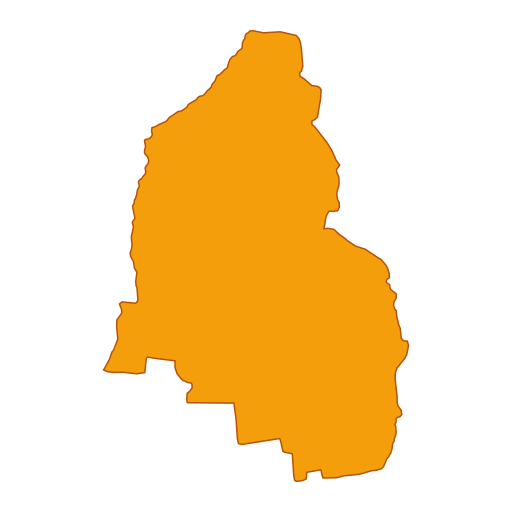 Masagua, Escuintla, Guatemala (Robinson projection)
{"feature_id": "79465075B43224707646328", "entity_name": "Masagua", "entity_type": "district", "adm_level": 2, "iso_a3": "GTM", "parent_name": "Guatemala", "parent_adm1": "Escuintla", "projection": "robinson", "projection_center": [-90.832, 14.098], "detail": "fine", "context": "isolated", "style": "filled", "palette": "amber", "viewbox_px": 512, "rotation_deg": 0, "n_neighbors": 0, "source": "geoboundaries", "source_scale": "gbopen_adm2", "svg_char_len": 5297}
<svg xmlns="http://www.w3.org/2000/svg" viewBox="0 0 512 512"><path d="M152.0,127.7L151.7,129.8L151.6,130.6L151.6,131.3L151.9,132.6L152.3,133.6L152.2,135.1L151.4,136.5L150.5,137.5L149.9,138.1L148.7,138.7L147.3,139.1L146.2,139.3L145.4,139.5L144.6,140.2L144.6,141.3L144.8,142.7L145.2,144.4L145.4,145.4L145.5,146.3L145.4,147.5L145.1,148.4L144.7,149.4L144.5,151.3L144.5,152.5L145.0,153.9L145.8,154.8L146.9,156.0L147.5,157.0L148.2,158.3L148.5,159.3L148.6,160.2L148.6,161.2L148.4,162.3L148.2,163.2L147.7,164.0L147.1,164.8L146.3,165.7L145.7,166.7L145.3,167.4L145.2,168.8L145.4,169.7L145.6,171.0L145.7,172.1L145.5,173.1L145.2,174.0L144.7,174.6L143.9,175.4L143.0,176.5L142.3,177.7L141.9,178.3L141.1,179.0L140.1,179.6L139.5,180.2L138.7,181.1L138.5,182.4L138.8,183.5L139.2,185.2L139.2,186.4L138.9,187.2L138.1,188.5L137.4,190.1L137.2,191.0L137.0,192.6L136.7,194.2L136.5,195.2L136.0,196.7L135.7,197.8L135.4,198.6L134.9,199.2L134.5,199.9L134.3,201.2L134.3,202.6L133.8,204.0L133.2,204.8L132.8,205.7L132.6,206.6L132.8,208.0L133.8,212.7L134.6,216.3L134.8,217.7L134.6,218.7L134.1,219.6L133.6,220.4L133.1,220.9L132.6,221.7L132.3,222.5L132.6,223.7L133.0,225.0L133.3,226.2L133.3,227.2L133.2,228.3L133.0,229.3L132.7,230.6L132.4,231.8L132.1,233.4L131.6,234.8L131.4,236.3L131.4,237.8L131.5,239.2L131.6,240.6L131.8,242.4L132.0,244.1L132.0,245.8L131.8,246.8L131.7,247.7L131.5,248.8L131.0,250.4L130.1,253.1L130.7,256.6L133.5,261.8L134.3,267.5L136.0,270.9L136.9,272.2L135.7,281.6L136.2,286.2L136.9,287.1L137.9,299.9L136.9,302.2L135.3,303.2L122.0,301.9L119.4,304.0L121.5,309.3L121.7,311.8L121.7,313.0L120.0,315.6L116.9,320.0L116.6,325.9L117.8,339.1L115.8,344.3L113.5,350.3L112.0,351.9L109.4,359.4L107.5,362.8L104.7,368.1L103.5,370.0L107.4,371.6L112.6,372.4L122.3,372.2L136.8,373.8L144.8,372.6L146.3,358.4L147.7,357.1L155.4,358.4L175.0,360.8L175.0,367.5L177.0,373.6L181.5,379.1L183.3,380.7L184.6,380.9L187.8,382.6L190.7,382.9L192.0,384.3L192.1,388.0L189.6,391.4L187.2,393.2L186.7,399.4L187.3,402.7L234.0,403.1L234.2,404.6L234.4,406.6L236.0,418.4L237.4,438.8L238.1,441.8L238.3,442.8L238.4,443.7L242.1,444.4L279.1,438.6L279.9,439.1L280.7,441.4L282.7,450.3L283.0,451.4L284.4,452.2L291.6,453.6L292.3,453.9L293.7,474.8L294.6,480.1L295.8,481.2L297.5,481.3L303.1,480.5L306.2,478.9L306.8,473.4L306.9,472.3L319.2,470.1L320.0,469.7L320.9,470.1L322.6,476.9L323.0,478.0L336.6,477.7L343.6,475.9L359.2,474.3L371.8,470.7L375.9,470.4L380.3,469.1L380.9,469.1L383.5,466.7L385.9,461.2L386.8,458.7L388.9,456.5L389.1,455.4L390.7,453.3L392.1,448.4L392.7,443.4L394.0,441.4L394.1,439.7L396.2,433.3L395.8,427.1L394.9,424.5L396.1,422.1L396.1,418.7L397.5,417.4L400.0,416.7L400.7,415.8L401.7,414.4L401.2,410.3L398.6,406.8L397.9,405.6L397.2,402.8L397.1,396.8L395.1,378.8L395.2,377.1L395.4,372.8L397.1,367.9L405.1,358.0L405.4,356.8L406.7,354.8L408.5,345.5L407.3,341.2L403.6,340.7L401.2,338.2L400.3,328.7L398.7,324.8L396.7,316.0L396.2,310.6L395.0,309.4L393.5,305.7L394.0,302.3L396.3,297.6L396.1,293.8L391.6,290.3L390.9,289.7L390.4,289.0L390.1,288.3L389.9,287.5L389.8,285.8L389.6,284.7L388.4,284.0L387.3,283.4L386.4,282.2L386.3,281.2L386.6,279.8L387.3,279.1L388.3,278.5L389.4,277.8L389.2,273.7L387.6,268.3L385.9,265.1L381.1,259.6L376.3,256.7L375.5,256.1L365.2,249.2L355.5,246.1L347.4,240.6L345.0,238.5L338.8,234.0L334.0,229.4L327.7,228.3L324.0,228.8L326.1,216.4L328.5,211.9L329.6,211.1L334.0,211.5L335.0,211.0L335.9,210.9L336.7,210.9L337.6,210.8L339.4,207.0L339.2,202.4L337.9,200.4L337.5,199.3L337.3,197.3L336.8,194.3L337.1,191.4L339.0,185.3L338.9,177.4L336.8,172.4L336.5,169.6L339.7,165.1L336.3,160.5L331.8,150.4L327.0,142.6L315.4,127.6L311.9,124.4L311.9,121.1L314.6,119.7L317.4,117.2L320.5,99.3L321.1,89.7L319.8,87.7L317.2,86.3L311.7,85.5L304.1,78.8L299.9,76.1L299.6,72.9L301.6,71.0L301.6,69.8L302.8,66.2L301.4,48.8L300.3,41.9L298.7,38.3L296.0,35.4L280.3,31.8L263.5,32.8L252.8,30.7L249.7,31.0L249.1,31.9L248.1,32.8L247.2,33.2L246.3,33.9L245.5,35.1L245.2,36.4L244.9,37.8L244.7,38.6L244.1,39.5L243.4,40.7L242.9,41.7L242.6,42.4L242.4,43.5L242.3,44.5L242.3,45.2L242.2,46.4L242.1,47.7L241.7,48.5L241.0,49.2L240.3,49.6L239.4,50.3L238.3,51.1L237.5,52.0L237.1,52.9L236.5,53.9L236.0,54.7L235.3,55.5L234.3,55.9L233.0,56.4L232.4,56.7L231.6,57.4L230.8,58.4L229.9,59.6L229.6,60.4L229.2,61.5L228.5,63.3L228.2,64.4L227.8,65.9L227.6,66.8L227.3,67.5L226.6,68.4L225.8,68.9L224.8,69.5L224.0,70.2L223.3,71.1L222.7,71.7L222.1,72.2L221.2,73.0L220.6,73.7L219.9,74.4L218.9,74.8L217.8,75.2L217.0,75.8L216.6,76.7L216.2,77.6L215.9,78.6L215.5,79.8L215.1,80.6L214.7,81.3L214.2,82.0L213.3,82.9L212.6,83.7L212.1,84.4L211.8,85.1L211.5,86.4L211.0,87.3L210.4,87.9L209.6,88.7L208.8,89.5L207.6,90.5L206.3,92.0L205.6,93.0L204.8,93.9L203.9,94.8L203.2,95.4L202.3,95.8L201.6,96.0L200.8,96.0L199.8,96.3L198.7,96.8L198.1,97.3L197.6,98.0L196.9,99.1L196.3,99.6L195.7,100.0L194.4,100.7L192.9,101.7L191.4,102.6L190.1,103.3L189.0,104.0L188.4,104.5L187.7,105.4L187.3,106.6L186.5,107.5L185.9,107.9L183.4,109.7L181.2,111.1L180.0,111.3L178.9,111.4L177.8,111.7L176.6,112.6L175.5,113.3L174.7,113.9L173.6,114.7L171.5,116.0L170.6,116.6L169.9,117.1L169.3,117.6L168.7,118.2L168.0,119.1L167.4,120.0L166.9,120.5L166.0,121.4L165.3,121.8L164.4,122.2L163.3,122.6L162.2,123.1L158.9,124.5L157.6,125.3L156.2,126.1L155.1,126.7L153.9,127.1L153.0,127.3L152.0,127.7Z" fill="#f59e0b" stroke="#b45309" stroke-width="1.5"/></svg>